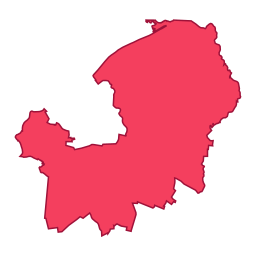 Cotorra, Córdoba, Colombia (orthographic projection)
{"feature_id": "7082276B37197913893650", "entity_name": "Cotorra", "entity_type": "district", "adm_level": 2, "iso_a3": "COL", "parent_name": "Colombia", "parent_adm1": "Córdoba", "projection": "orthographic", "projection_center": [-75.768, 9.058], "detail": "fine", "context": "isolated", "style": "filled", "palette": "rose", "viewbox_px": 256, "rotation_deg": 0, "n_neighbors": 0, "source": "geoboundaries", "source_scale": "gbopen_adm2", "svg_char_len": 5759}
<svg xmlns="http://www.w3.org/2000/svg" viewBox="0 0 256 256"><path d="M211.7,23.7L210.4,23.5L208.9,24.4L206.5,26.5L206.3,27.5L206.0,27.9L205.1,28.7L204.6,28.3L203.0,27.8L202.3,27.9L200.7,27.7L198.9,26.6L195.8,24.0L191.2,20.9L173.5,20.1L173.0,20.8L171.0,21.4L170.4,21.8L169.2,21.6L168.0,21.1L167.3,21.0L167.0,21.2L166.8,20.8L165.4,20.4L164.8,20.5L164.5,20.9L164.0,20.9L163.5,21.2L162.4,21.9L162.5,22.1L161.5,22.5L161.0,22.6L161.0,22.8L160.0,22.9L158.2,22.6L157.6,22.4L155.9,21.0L155.4,20.2L146.0,20.1L146.1,20.9L146.0,21.5L146.6,22.1L147.2,22.3L147.1,21.8L147.6,21.8L147.8,21.0L148.2,20.6L148.7,20.8L148.8,21.4L149.6,22.1L150.2,22.7L150.9,22.9L151.0,22.5L152.1,21.3L153.1,21.3L153.5,21.6L153.4,22.1L154.4,22.5L154.3,22.9L154.4,23.0L154.6,22.6L156.0,23.6L155.7,24.4L155.3,24.7L154.1,25.4L152.2,25.8L152.0,26.4L152.1,26.9L152.7,28.0L152.6,28.6L152.8,29.0L153.3,29.3L153.6,29.0L153.7,28.7L153.9,28.4L154.5,28.7L155.0,28.9L154.8,29.3L154.3,29.4L154.3,29.6L155.2,30.5L155.0,31.3L154.6,31.3L154.2,30.7L153.5,30.6L153.1,31.4L153.2,31.8L153.7,32.2L164.0,26.1L165.9,25.6L166.1,26.0L161.8,28.6L160.2,29.3L151.5,34.3L149.2,35.5L139.1,39.6L133.0,42.6L131.2,43.3L122.9,47.2L118.3,49.9L115.4,52.3L111.3,55.1L108.8,57.1L104.8,61.6L97.9,70.0L93.9,74.4L93.1,75.5L93.2,76.1L93.6,77.0L94.4,78.0L95.9,80.1L95.4,80.4L98.2,84.0L102.7,80.6L103.5,80.5L106.0,80.5L108.1,80.8L109.2,82.1L110.2,84.1L111.3,84.4L111.7,85.0L111.2,85.9L111.2,87.4L112.1,88.1L113.3,88.4L114.3,89.7L114.9,91.1L114.7,92.6L114.2,93.5L113.7,94.9L113.8,96.5L113.3,105.4L113.6,105.8L115.5,107.6L116.9,108.1L118.4,108.0L118.7,108.3L119.5,108.4L120.1,108.9L120.5,109.7L120.5,110.1L119.9,112.0L119.2,112.7L118.9,113.7L120.1,115.6L122.1,117.3L122.5,118.0L122.6,118.7L122.4,120.9L122.7,122.6L123.9,124.7L126.5,127.4L127.0,128.4L127.1,129.9L126.9,131.3L126.6,132.4L126.3,132.8L125.6,134.5L126.0,135.4L125.8,135.9L119.0,134.4L118.6,139.1L118.2,140.2L117.4,141.8L115.9,143.8L103.0,144.3L102.0,145.9L93.8,144.6L91.9,144.5L89.5,145.8L81.4,148.2L74.6,149.6L73.6,147.6L65.9,145.4L66.1,141.6L72.1,141.7L71.8,140.2L74.6,139.2L74.3,138.2L70.9,138.3L70.8,137.5L68.5,137.8L69.1,134.8L68.7,131.1L66.2,130.5L63.1,129.2L62.1,128.4L59.1,124.2L57.7,123.2L56.6,122.8L55.7,125.0L54.5,125.0L54.6,124.5L50.4,124.2L47.1,122.5L49.0,118.8L45.1,112.0L46.6,111.3L44.1,108.8L43.2,110.1L42.5,110.5L41.6,111.0L39.3,111.6L34.5,111.8L33.4,111.7L31.9,111.1L31.3,111.3L30.6,111.7L30.0,112.9L29.4,117.5L28.5,118.8L27.0,120.3L25.5,121.4L24.2,122.7L23.1,124.9L22.7,125.9L22.4,128.0L22.4,131.0L21.8,130.8L20.4,133.0L18.9,133.8L18.5,134.2L16.7,134.8L15.9,135.7L15.5,136.3L15.4,137.2L15.5,137.6L16.0,138.2L16.3,138.8L17.5,140.1L17.9,140.8L18.3,140.5L19.9,142.4L20.7,144.2L21.6,147.3L22.2,149.0L22.6,151.9L22.6,152.8L22.2,153.9L20.0,156.4L22.4,156.7L23.6,157.2L26.5,157.0L28.7,156.4L30.5,156.3L32.1,156.9L33.5,157.8L37.6,159.6L38.1,158.8L40.3,160.4L40.4,160.2L41.8,160.9L41.7,161.2L43.0,162.0L42.9,162.2L43.2,162.3L43.3,162.8L43.1,162.9L42.4,162.6L42.1,163.6L44.2,164.1L43.7,165.1L42.4,165.4L41.8,166.5L40.3,167.1L39.6,167.7L39.5,167.3L39.2,167.6L39.5,169.0L40.2,170.6L40.6,172.0L41.2,172.6L42.7,172.6L44.6,173.9L46.9,175.9L48.5,176.9L44.7,218.2L45.9,218.4L48.5,228.8L57.5,227.6L58.2,232.1L61.9,231.7L68.9,225.2L76.6,219.6L80.1,216.7L83.1,218.2L89.7,213.0L90.8,214.9L91.6,217.6L92.5,218.9L95.4,221.4L97.2,222.6L98.0,223.5L98.6,224.8L99.7,228.8L100.2,229.6L101.2,230.6L101.5,231.1L101.6,232.1L101.8,235.9L107.6,233.0L107.8,233.9L109.8,231.0L110.3,229.1L113.9,228.7L113.9,225.8L113.8,225.5L114.6,225.8L116.0,224.4L116.5,224.4L117.0,223.9L119.9,225.5L120.0,225.3L121.3,226.1L126.9,227.1L126.3,230.2L131.1,231.3L131.2,230.6L136.0,214.6L135.9,212.6L132.5,203.2L137.4,203.4L137.5,201.8L152.9,208.0L154.3,206.9L154.6,206.3L154.7,205.3L163.8,209.0L164.6,206.4L163.6,206.1L165.8,203.1L166.5,200.9L171.5,204.4L173.6,201.7L175.2,202.4L175.7,200.9L173.1,199.2L171.5,197.1L175.5,190.7L173.6,188.8L174.8,182.9L174.9,180.8L174.7,178.0L176.3,178.5L181.0,181.1L184.0,184.0L195.6,190.2L197.9,193.1L198.4,193.1L199.2,192.8L200.4,191.8L201.8,191.6L202.4,190.8L204.6,186.2L204.7,185.7L204.6,184.9L203.5,182.8L202.8,180.5L202.7,177.8L203.5,176.6L203.8,176.3L203.9,174.9L203.4,173.9L203.6,173.3L204.0,172.6L204.0,171.8L203.1,169.2L203.3,167.9L204.2,166.8L204.3,166.5L204.0,166.0L202.5,165.4L201.9,164.3L201.5,164.0L203.3,161.0L203.6,156.4L207.5,156.3L207.5,149.3L208.3,149.4L208.6,145.4L212.7,145.8L212.5,144.7L213.1,140.6L211.6,140.8L210.1,140.5L207.4,137.5L206.8,135.3L211.6,130.5L210.3,128.7L210.0,127.3L210.2,126.8L210.0,126.4L210.1,125.8L210.3,125.6L210.9,125.5L211.9,127.5L213.6,125.6L212.9,124.7L212.8,124.2L213.1,123.7L213.3,123.8L213.4,125.1L214.0,125.1L214.7,124.8L216.6,123.6L217.1,123.4L217.6,123.5L218.4,123.1L218.8,122.8L220.1,122.5L219.8,121.5L220.3,121.1L221.0,119.5L223.4,117.8L225.6,117.7L227.3,116.4L228.2,112.9L228.9,112.2L231.4,112.0L232.2,111.7L232.8,111.1L235.1,107.1L235.8,106.3L236.4,104.6L236.5,101.6L236.7,101.9L237.8,101.9L237.6,100.8L237.6,99.1L238.1,98.6L239.1,98.5L240.2,97.9L240.6,96.7L240.1,95.3L240.1,92.8L239.8,91.9L239.1,90.6L239.4,88.5L238.4,83.2L237.9,82.4L237.0,81.6L233.3,80.2L232.7,79.5L231.5,78.5L230.5,77.5L230.4,76.8L229.7,77.4L229.7,76.3L231.5,73.0L230.2,71.8L230.0,70.6L229.7,70.2L229.1,70.1L228.4,70.6L227.9,70.4L227.5,69.2L227.7,67.5L226.9,66.0L225.8,65.0L225.5,63.9L224.6,64.1L224.0,64.7L224.4,63.0L224.2,60.9L223.6,60.1L221.5,58.9L221.5,58.4L221.9,57.9L222.0,57.1L221.5,56.8L221.0,55.8L220.5,55.8L219.5,55.0L219.2,54.5L219.1,52.6L220.0,50.7L220.3,49.7L220.1,46.4L219.4,45.2L218.9,44.8L216.7,44.1L215.2,43.2L214.4,40.5L214.7,39.7L216.3,38.1L216.8,37.2L216.6,35.3L216.9,33.1L216.6,32.4L215.9,31.9L215.5,30.9L215.3,30.3L215.3,28.5L214.9,27.1L213.7,26.2L212.6,24.6L211.7,23.7Z" fill="#f43f5e" stroke="#9f1239" stroke-width="1.5"/></svg>